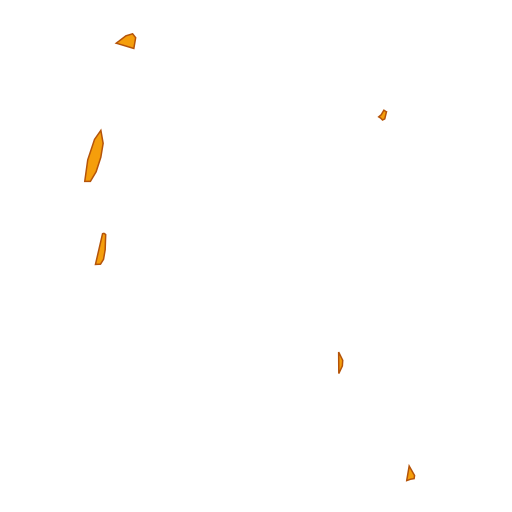 SVG path tracing the border of Haa Alifu, rotated 185°
{"feature_id": "MDV-5223", "entity_name": "Haa Alifu", "entity_type": "Atoll", "adm_level": 1, "iso_a3": "MDV", "parent_name": "Maldives", "parent_adm1": "", "projection": "equal_earth", "projection_center": [73.045, 6.964], "detail": "coarse", "context": "isolated", "style": "filled", "palette": "amber", "viewbox_px": 512, "rotation_deg": 185, "n_neighbors": 0, "source": "natural_earth", "source_scale": "10m", "svg_char_len": 762}
<svg xmlns="http://www.w3.org/2000/svg" viewBox="0 0 512 512"><g transform="rotate(185 256 256)"><path d="M433.1,315.4L433.1,315.5L432.0,337.1L427.0,358.1L421.5,367.6L418.1,354.9L419.2,340.8L422.6,326.0L427.5,315.9L433.1,315.4ZM415.2,233.6L410.8,264.8L409.9,265.2L409.1,265.2L408.9,265.0L408.4,264.8L407.6,264.2L406.8,249.1L407.6,239.4L410.2,234.3L415.2,233.6ZM395.8,452.1L413.8,455.8L404.8,464.0L398.3,466.6L394.9,463.0L395.8,452.1ZM86.3,45.4L86.3,45.5L85.1,60.1L78.9,51.1L79.1,48.0L82.6,47.1L86.3,45.4ZM163.3,146.1L163.3,146.5L165.3,167.5L160.5,159.6L160.4,154.0L163.3,146.1ZM145.9,405.3L143.6,407.6L141.3,412.4L139.1,411.2L138.8,411.0L138.6,411.0L139.7,403.8L141.8,402.5L143.9,404.3L145.9,405.3Z" fill="#f59e0b" stroke="#b45309" stroke-width="1.5"/></g></svg>